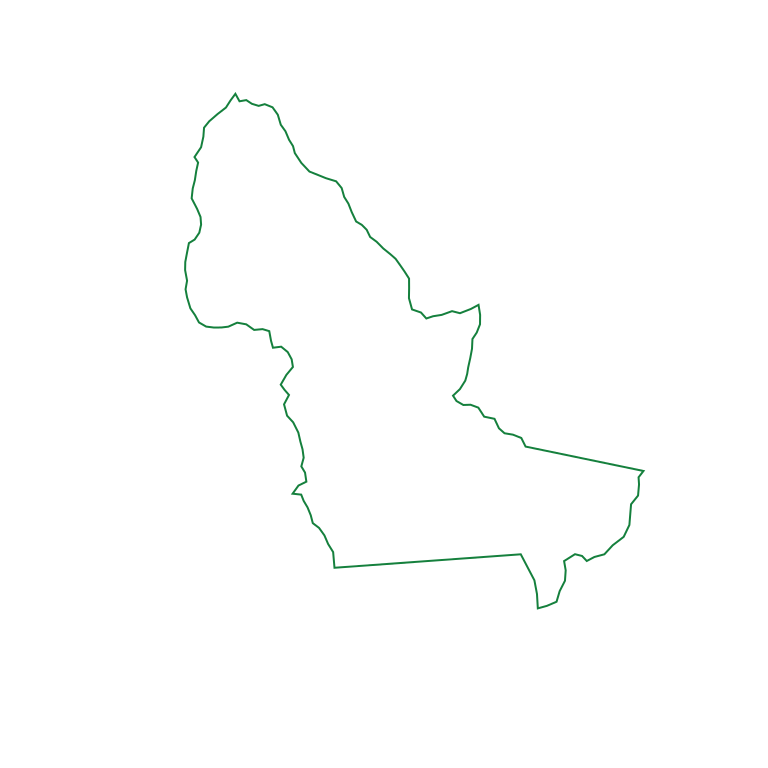 Santa Rosa de Lima, Santa Catarina, Brazil, rotated 30°
{"feature_id": "56859067B20346666539380", "entity_name": "Santa Rosa de Lima", "entity_type": "district", "adm_level": 2, "iso_a3": "BRA", "parent_name": "Brazil", "parent_adm1": "Santa Catarina", "projection": "albers", "projection_center": [-49.198, -28.013], "detail": "fine", "context": "isolated", "style": "outline", "palette": "green", "viewbox_px": 768, "rotation_deg": 30, "n_neighbors": 0, "source": "geoboundaries", "source_scale": "gbopen_adm2", "svg_char_len": 2085}
<svg xmlns="http://www.w3.org/2000/svg" viewBox="0 0 768 768"><g transform="rotate(30 384 384)"><path d="M110.2,207.0L109.3,215.2L108.9,223.6L104.9,233.4L101.3,243.8L100.0,252.0L103.9,260.1L107.2,270.4L106.4,282.2L112.3,285.2L114.9,293.4L118.3,302.1L120.6,310.3L124.6,319.4L134.6,325.8L141.6,331.1L145.9,337.4L148.4,345.3L147.8,353.6L144.6,359.5L147.6,368.3L150.9,377.7L154.8,384.8L161.8,393.0L164.8,401.2L170.1,407.4L178.5,415.3L186.0,418.9L193.0,423.2L201.3,423.2L208.6,420.1L215.0,416.3L220.5,412.2L226.2,404.3L234.9,401.2L244.5,402.1L251.4,397.2L258.2,395.6L264.6,403.1L269.7,408.1L276.3,403.1L284.7,404.5L291.7,408.8L296.6,414.8L294.9,424.9L294.9,436.2L300.8,438.8L307.2,441.0L307.6,451.6L315.9,459.9L324.5,462.6L334.1,468.9L340.4,475.7L346.1,481.3L351.3,488.0L353.6,496.7L359.9,500.2L365.6,507.4L360.7,514.7L359.7,524.7L367.6,521.2L372.9,525.4L379.5,529.1L386.2,534.3L391.9,540.1L399.7,541.1L408.1,544.9L415.6,550.5L424.0,555.0L433.0,567.9L587.6,463.1L612.4,478.8L621.5,489.4L629.4,501.4L636.0,494.7L642.3,486.3L639.7,475.5L639.1,463.9L634.5,454.5L628.5,447.3L634.5,435.9L641.5,433.9L648.1,435.9L652.7,428.6L660.0,421.3L662.7,409.3L668.0,396.5L667.0,383.4L662.4,373.7L658.1,364.6L659.8,353.6L655.1,343.5L651.1,337.5L652.2,329.6L537.9,367.4L529.9,362.1L521.0,363.4L513.0,366.4L505.7,364.9L497.1,358.9L487.1,362.2L477.5,357.3L469.3,358.7L463.2,362.5L455.3,362.5L449.6,359.6L452.3,350.5L452.7,340.4L451.0,333.7L448.6,327.5L445.7,318.3L442.6,309.5L438.1,300.8L438.6,293.1L437.3,284.3L432.7,276.1L426.3,268.2L421.7,275.6L414.4,284.7L406.5,286.9L399.4,295.3L392.6,300.8L387.9,306.1L380.3,303.6L371.0,305.4L362.7,297.2L357.8,288.4L353.0,280.2L345.5,276.3L338.5,273.0L331.5,269.8L324.5,268.4L315.6,267.0L306.5,264.5L298.5,263.6L291.9,259.1L285.3,257.3L278.6,257.2L270.0,251.2L263.0,245.6L256.0,241.9L249.4,235.5L241.2,232.4L230.8,234.8L222.9,235.9L213.2,237.3L201.9,233.9L191.3,228.6L186.3,223.5L179.7,220.0L172.3,214.4L165.0,211.1L157.4,203.9L149.1,200.1L140.8,201.3L136.4,205.8L129.5,207.4L122.8,207.0L117.5,211.4L110.2,207.0Z" fill="none" stroke="#15803d" stroke-width="2"/></g></svg>